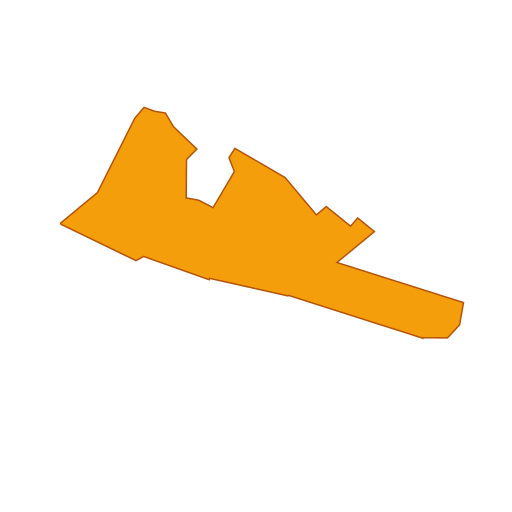 55, Ar Rayyān, Qatar, rotated 50°
{"feature_id": "91078587B56593237076105", "entity_name": "55", "entity_type": "district", "adm_level": 2, "iso_a3": "QAT", "parent_name": "Qatar", "parent_adm1": "Ar Rayyān", "projection": "natural_earth1", "projection_center": [51.389, 25.225], "detail": "fine", "context": "isolated", "style": "filled", "palette": "amber", "viewbox_px": 512, "rotation_deg": 50, "n_neighbors": 0, "source": "geoboundaries", "source_scale": "gbopen_adm2", "svg_char_len": 622}
<svg xmlns="http://www.w3.org/2000/svg" viewBox="0 0 512 512"><g transform="rotate(50 256 256)"><path d="M105.2,384.6L106.4,385.0L182.4,350.9L184.1,342.4L244.1,307.1L243.3,305.9L307.1,257.2L307.1,256.4L385.3,207.0L404.0,195.1L426.1,181.2L425.7,181.0L441.8,161.9L439.6,144.3L425.1,127.0L313.0,198.2L313.4,149.6L292.2,153.7L294.0,164.4L263.3,170.4L263.3,183.3L214.6,183.3L160.0,203.0L163.3,213.5L177.4,218.3L191.4,257.8L176.5,264.0L166.6,272.1L155.1,262.3L137.4,247.2L136.1,232.6L104.0,236.1L88.2,233.5L79.9,240.7L70.2,246.2L72.5,260.2L105.5,336.7L105.2,384.6Z" fill="#f59e0b" stroke="#b45309" stroke-width="1.5"/></g></svg>